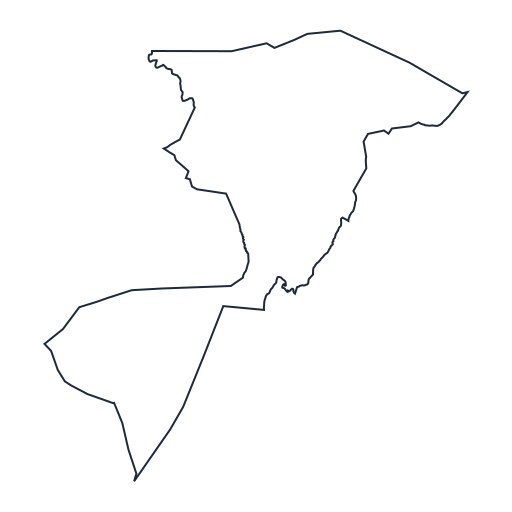 outline of San Francisco Cahuacuá, Oaxaca, Mexico
{"feature_id": "50627088B44636472073228", "entity_name": "San Francisco Cahuacuá", "entity_type": "district", "adm_level": 2, "iso_a3": "MEX", "parent_name": "Mexico", "parent_adm1": "Oaxaca", "projection": "equal_earth", "projection_center": [-97.354, 16.831], "detail": "fine", "context": "isolated", "style": "outline", "palette": "slate", "viewbox_px": 512, "rotation_deg": 0, "n_neighbors": 0, "source": "geoboundaries", "source_scale": "gbopen_adm2", "svg_char_len": 4991}
<svg xmlns="http://www.w3.org/2000/svg" viewBox="0 0 512 512"><path d="M423.0,70.5L409.6,62.7L340.4,30.7L310.1,33.6L307.3,33.9L303.5,35.6L295.0,39.6L274.4,47.9L266.6,43.3L231.6,51.2L152.0,51.0L151.9,53.1L151.9,53.6L151.6,54.1L151.4,54.4L150.6,54.5L149.7,54.6L148.9,55.1L148.5,57.8L148.8,59.7L149.6,61.3L150.5,61.8L153.2,60.4L154.6,60.4L156.6,60.2L156.8,60.9L155.9,63.3L155.3,65.7L155.6,66.7L156.4,67.7L157.5,67.7L158.5,67.3L160.3,66.3L162.3,65.6L163.0,64.9L163.4,64.9L164.6,66.0L165.7,67.0L166.0,67.8L167.2,68.6L168.5,69.0L169.6,69.1L170.4,69.2L171.6,69.8L172.0,72.5L172.1,73.4L172.5,73.8L172.9,74.0L177.5,75.5L178.2,76.7L178.9,77.5L179.4,77.7L179.7,78.1L180.1,79.2L180.4,79.9L180.5,80.7L180.5,81.3L180.4,82.2L180.1,83.7L180.3,84.4L180.5,85.2L180.6,86.3L180.7,87.7L180.8,88.5L181.0,89.7L181.2,90.2L181.6,90.9L181.9,91.3L182.4,91.7L182.6,92.2L182.6,92.9L182.5,93.9L182.4,94.8L181.9,95.9L181.7,96.5L181.6,97.0L181.8,98.0L182.0,98.5L182.4,99.9L182.8,100.9L183.4,100.9L184.0,100.9L184.7,100.8L185.9,100.3L186.8,99.9L187.5,99.7L188.6,98.9L189.1,98.6L190.1,98.2L190.6,98.4L191.1,98.3L191.7,98.2L192.5,98.5L192.6,98.8L193.1,99.9L193.2,100.4L193.6,101.5L193.8,102.4L193.7,103.5L193.6,104.9L193.8,105.8L194.2,106.8L194.7,107.2L194.8,107.5L179.9,139.5L175.8,141.7L170.3,144.8L169.8,145.2L167.3,147.2L163.8,148.5L169.8,152.5L174.4,155.2L175.9,160.2L188.5,171.2L185.9,178.1L189.9,179.3L191.9,186.3L192.1,186.6L197.0,189.3L226.1,193.6L232.1,207.5L239.4,224.3L239.8,227.0L240.2,228.8L240.5,229.5L240.4,229.9L240.4,231.1L240.8,231.4L241.5,232.8L242.0,234.5L242.4,234.6L242.5,235.7L242.6,236.1L242.8,236.4L243.2,236.7L243.4,237.1L242.9,237.8L243.2,239.0L243.8,239.6L243.2,241.0L243.5,242.3L243.9,242.7L244.1,242.8L244.2,243.0L244.0,243.3L244.2,244.0L244.5,244.3L244.7,244.6L244.9,244.8L244.9,245.3L244.7,245.6L244.5,246.2L244.5,246.8L244.5,247.3L244.7,248.1L245.0,248.2L245.3,248.1L245.6,248.2L245.8,248.6L245.8,249.1L245.6,249.5L245.8,249.8L245.8,250.1L246.0,250.2L246.1,250.6L246.1,251.0L246.4,251.1L246.8,251.4L247.1,252.4L247.3,252.3L248.2,253.8L248.6,261.7L247.4,265.6L246.6,268.8L245.7,271.2L245.4,271.7L244.9,272.1L244.4,272.7L243.2,275.6L242.9,277.7L230.8,286.0L161.8,288.5L131.7,290.2L107.5,298.0L97.1,301.7L79.3,307.2L62.9,329.1L44.5,343.9L51.1,350.9L57.8,370.0L64.9,381.4L71.2,385.5L87.5,394.1L113.0,403.1L114.1,402.9L122.3,423.0L128.4,449.4L136.4,473.7L134.1,481.3L170.2,429.4L183.2,406.8L203.3,357.1L206.1,350.0L223.3,306.1L264.0,309.9L263.9,307.7L264.1,305.4L264.2,302.8L264.5,300.8L264.9,299.3L265.4,298.1L265.7,296.5L266.2,295.6L266.9,294.7L267.3,294.0L267.8,293.9L268.5,293.7L269.5,292.6L270.0,291.3L270.2,290.5L270.7,289.8L271.2,288.9L271.9,288.3L272.5,287.6L273.0,286.7L273.5,285.7L274.0,285.0L274.7,284.1L275.6,283.5L276.3,282.3L276.5,280.6L276.8,279.3L277.2,278.2L277.6,277.2L279.0,276.9L281.0,277.5L281.8,278.3L282.9,279.4L283.8,280.1L284.6,280.7L285.2,281.3L285.5,282.1L285.6,283.3L285.8,283.9L285.8,284.8L285.8,285.4L285.1,285.8L284.4,285.2L284.0,284.2L283.3,284.4L282.5,286.1L282.2,287.0L282.3,287.6L282.9,287.9L283.9,288.1L284.8,288.7L285.2,289.4L285.9,290.3L286.3,290.7L287.0,291.6L287.6,291.9L287.9,290.6L289.2,291.2L290.1,290.6L290.7,289.9L291.5,289.2L292.2,288.7L293.0,289.0L293.4,289.7L293.4,291.4L294.0,292.7L295.0,293.6L297.1,287.1L298.0,286.8L298.8,286.7L299.7,285.9L300.4,285.7L301.9,285.4L302.4,285.2L303.8,285.5L304.7,285.3L305.7,284.9L307.5,284.3L308.3,282.9L308.4,281.2L308.6,279.7L309.3,278.3L310.1,277.8L310.9,276.8L313.0,274.5L313.0,272.8L313.1,270.7L313.2,269.1L313.6,267.7L314.6,266.6L315.5,264.8L316.4,263.8L317.0,263.1L318.5,262.1L319.2,261.1L320.2,260.2L321.0,258.8L322.4,257.5L323.3,256.5L324.6,254.7L326.3,253.5L327.4,252.8L327.9,252.0L328.6,250.6L329.4,249.0L330.3,247.9L330.6,246.5L332.8,244.3L332.6,243.2L332.4,242.2L332.8,241.8L333.4,241.3L333.3,240.2L333.7,239.0L334.4,238.3L334.9,237.7L335.1,236.5L335.5,235.7L335.5,234.6L337.1,232.0L337.4,231.2L338.0,230.8L338.3,229.6L338.8,228.5L339.2,227.4L340.1,226.7L340.8,225.9L341.1,224.6L341.2,223.2L341.2,221.6L341.0,220.5L341.1,218.7L342.6,217.6L343.3,218.0L344.8,218.8L348.3,220.9L348.3,220.7L348.5,219.7L348.7,218.3L349.2,217.3L349.9,215.3L350.8,213.9L351.4,212.8L352.6,211.7L353.1,211.1L353.5,210.0L354.1,208.2L354.6,206.2L354.8,205.2L355.0,203.7L355.3,201.8L355.9,200.6L356.1,199.0L356.1,197.5L355.9,196.1L355.5,194.6L355.0,193.9L354.9,193.7L354.4,192.6L353.9,192.1L353.4,190.9L366.3,168.4L365.9,162.9L365.8,161.7L365.8,161.1L365.8,159.4L366.0,157.9L366.2,156.9L363.6,141.6L368.0,133.9L381.3,131.1L384.0,130.5L388.5,133.7L391.9,128.5L410.7,126.2L418.5,122.4L419.9,123.2L420.5,123.5L421.5,124.0L422.7,124.4L424.1,124.6L425.2,125.3L426.0,125.3L427.8,125.5L429.1,125.7L430.4,125.7L432.4,125.4L432.8,125.6L433.7,125.6L435.5,125.8L437.0,125.9L438.2,125.7L439.0,125.2L439.9,124.8L441.5,123.7L442.2,123.1L442.8,122.2L444.2,120.8L446.0,119.2L447.5,117.5L448.7,116.4L449.6,115.5L450.4,114.2L452.1,112.3L464.8,95.7L467.5,92.1L462.4,93.3L457.9,90.7L423.0,70.5Z" fill="none" stroke="#1e293b" stroke-width="2"/></svg>